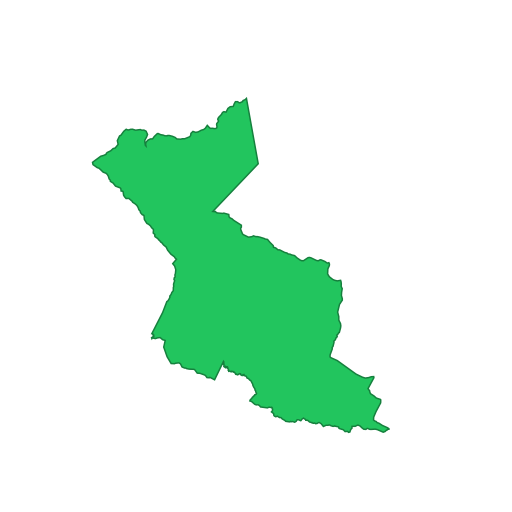 outline of San Carlos, Salta, Argentina, rotated 111°
{"feature_id": "61730980B20324539983987", "entity_name": "San Carlos", "entity_type": "district", "adm_level": 2, "iso_a3": "ARG", "parent_name": "Argentina", "parent_adm1": "Salta", "projection": "mercator", "projection_center": [-66.067, -25.8], "detail": "fine", "context": "isolated", "style": "filled", "palette": "green", "viewbox_px": 512, "rotation_deg": 111, "n_neighbors": 0, "source": "geoboundaries", "source_scale": "gbopen_adm2", "svg_char_len": 6137}
<svg xmlns="http://www.w3.org/2000/svg" viewBox="0 0 512 512"><g transform="rotate(111 256 256)"><path d="M274.2,357.0L275.0,353.8L275.8,352.7L276.1,351.6L277.2,349.8L277.2,349.0L278.8,346.3L279.9,343.0L282.2,340.6L284.8,336.1L286.0,331.9L286.8,331.0L287.5,329.1L293.0,331.0L294.5,328.4L297.5,326.0L301.1,325.0L302.8,324.9L304.4,324.0L305.7,324.5L307.4,324.1L308.1,323.1L311.8,322.9L314.0,321.9L315.0,321.9L318.0,320.8L320.2,321.5L322.4,321.5L324.3,322.1L325.4,321.6L327.7,321.8L329.5,322.2L330.5,322.9L342.2,322.9L365.8,325.4L365.6,324.6L366.0,324.5L366.4,323.3L366.7,323.5L366.8,323.1L367.7,322.6L367.9,323.1L369.0,323.3L368.8,323.6L369.7,324.2L370.4,323.6L369.9,323.5L369.5,322.9L369.2,320.4L367.6,318.4L366.5,316.2L367.6,313.2L367.4,310.5L374.1,309.5L381.9,302.9L386.8,296.7L385.8,293.6L384.9,292.6L383.4,289.7L383.7,287.9L386.1,285.3L386.2,282.6L385.8,281.4L386.0,280.3L385.5,277.7L384.0,273.2L384.3,272.2L386.4,268.9L385.6,266.2L385.5,261.2L385.9,260.0L387.1,258.2L386.4,255.9L385.8,255.6L386.4,250.3L366.0,248.6L366.5,248.0L367.6,248.2L367.5,247.8L368.1,247.5L368.8,248.0L368.6,247.0L370.7,246.4L371.0,245.2L370.3,245.5L369.9,244.9L370.3,244.4L370.0,243.8L370.4,244.0L370.9,243.7L370.7,243.4L370.3,243.4L370.3,242.9L370.7,242.9L370.6,242.2L371.1,242.1L371.7,241.1L372.7,240.9L372.7,240.5L373.3,240.2L372.9,239.8L373.1,238.6L372.5,237.8L372.9,237.5L372.1,236.5L372.5,235.6L372.0,235.3L372.9,233.4L373.7,232.6L373.7,232.1L373.2,231.7L373.6,230.8L373.1,230.1L371.8,229.4L371.5,228.3L372.3,228.0L372.6,226.1L371.4,225.6L371.0,224.7L371.9,224.5L371.8,222.0L373.2,220.5L373.1,219.2L374.1,217.3L374.1,216.3L376.9,213.1L377.8,212.6L379.0,211.4L380.4,209.5L381.7,208.7L381.9,208.1L383.0,207.5L383.9,206.3L384.9,206.3L386.1,207.5L386.9,207.4L387.7,208.1L388.5,208.2L389.0,208.7L390.7,209.0L392.1,209.8L393.5,209.8L393.4,208.1L394.9,204.0L394.9,202.5L394.1,200.6L394.5,199.0L395.3,197.7L393.7,190.9L392.4,189.6L392.2,188.2L391.6,187.2L391.7,186.7L392.7,186.3L393.0,185.6L394.6,185.2L396.0,185.7L396.8,183.1L398.4,182.2L398.8,181.6L399.0,180.0L397.9,178.6L398.4,176.1L397.9,174.7L398.7,173.2L399.2,170.1L399.7,169.0L398.9,165.5L398.6,164.8L398.1,164.5L398.1,163.7L397.4,162.5L397.3,160.3L396.0,159.3L394.1,158.9L393.6,157.3L393.8,155.6L393.6,155.1L391.6,154.5L390.3,153.5L390.8,152.2L390.7,151.6L390.9,151.0L391.5,150.7L390.9,148.8L391.8,146.5L391.6,145.0L391.8,144.5L391.4,143.9L391.7,143.0L391.5,142.2L390.9,141.4L391.2,140.3L390.5,139.0L389.2,138.0L388.8,137.2L389.2,135.1L391.0,132.0L388.9,129.9L388.2,128.0L387.5,127.3L387.3,126.4L387.6,126.1L387.5,123.4L387.0,122.1L386.3,121.6L386.5,121.0L386.0,118.0L386.2,117.4L387.1,116.8L387.2,116.0L386.9,112.2L388.0,109.9L387.0,107.9L387.1,107.1L387.5,106.5L386.7,105.3L384.0,105.4L382.5,104.7L380.6,105.3L379.4,102.3L377.6,100.7L377.3,99.9L377.4,98.0L378.5,95.4L379.1,93.3L378.5,91.3L377.3,90.6L376.9,89.9L377.1,88.0L376.8,86.8L374.9,82.6L374.6,80.4L374.9,74.1L373.6,72.6L372.1,71.9L371.7,71.3L370.8,71.2L370.1,69.8L369.7,69.9L369.2,71.5L368.9,77.3L368.0,81.5L368.2,83.0L367.4,84.7L367.5,85.8L367.0,87.5L364.2,88.4L358.2,88.2L348.5,87.0L347.2,87.4L345.6,88.0L345.3,88.5L345.5,92.8L344.4,95.6L343.5,99.8L342.0,101.2L341.2,101.5L339.7,103.9L327.4,102.3L326.4,102.9L327.4,105.1L329.2,107.3L330.8,110.2L331.0,113.2L330.4,120.3L324.5,142.7L324.1,149.7L323.7,150.7L321.8,151.4L315.4,151.5L314.1,152.1L312.8,151.7L308.8,152.2L307.7,152.8L305.7,151.9L303.7,152.0L303.2,151.5L301.8,151.4L301.4,152.0L300.6,152.1L300.0,151.6L298.0,151.3L297.6,150.8L292.8,151.3L290.8,151.8L288.8,152.9L286.2,155.7L282.9,157.0L279.1,159.7L271.2,160.7L266.3,159.6L264.8,160.2L262.3,162.1L259.1,163.1L255.6,163.8L253.8,165.6L251.4,166.4L249.5,167.4L248.4,168.3L250.1,171.2L250.5,173.9L250.4,175.9L249.1,180.1L247.1,182.7L242.3,184.3L238.9,184.1L237.8,184.3L237.0,184.7L236.1,185.6L236.9,186.5L237.0,187.3L236.4,189.8L236.3,193.9L236.6,194.8L238.2,196.2L238.5,198.0L238.0,204.1L238.2,205.6L238.9,206.8L243.4,210.0L244.0,211.6L244.0,213.1L243.1,216.9L241.8,220.1L242.2,223.1L242.1,224.9L242.6,226.7L242.1,228.1L242.4,230.5L241.8,236.1L242.4,237.7L241.5,240.1L241.4,241.7L241.7,242.7L240.1,243.7L238.3,247.8L236.4,251.2L236.9,253.6L236.7,254.5L237.0,259.1L237.4,261.6L238.0,263.2L238.1,265.6L239.3,266.6L241.1,269.7L240.6,275.6L240.2,276.5L236.9,279.6L235.5,280.3L234.3,280.0L232.5,280.7L230.7,289.6L229.8,291.9L229.8,293.6L229.1,295.2L227.0,296.3L227.5,301.4L228.2,302.4L229.6,307.2L229.7,308.4L229.0,310.0L229.4,310.4L229.9,312.3L169.1,287.0L112.3,321.4L114.0,322.2L115.5,323.8L116.7,323.9L118.7,325.9L119.0,326.6L118.5,328.5L119.3,330.5L121.9,330.9L124.5,330.8L125.9,333.6L128.3,335.1L132.4,335.5L132.8,337.7L134.0,338.7L136.3,339.0L139.5,340.4L141.2,340.8L142.5,340.5L142.9,339.7L143.8,339.3L146.4,340.1L147.4,339.9L149.4,338.7L150.6,338.6L151.3,339.1L152.0,340.5L152.3,342.3L153.1,344.1L153.0,345.2L151.5,348.3L154.9,349.1L156.7,350.2L158.2,352.2L160.8,354.4L162.2,356.6L162.3,359.5L164.8,360.7L166.9,360.2L168.4,360.6L172.1,364.6L172.9,366.7L174.0,368.3L175.1,371.8L174.3,374.0L174.2,376.9L174.6,380.3L175.1,381.6L175.7,382.1L176.4,384.1L176.4,386.0L176.9,388.5L176.7,391.2L177.1,392.0L180.9,393.8L183.7,394.5L184.6,396.6L186.6,398.4L187.8,398.9L189.3,399.4L191.1,399.2L192.7,398.2L192.4,398.9L189.2,400.8L187.7,401.3L184.3,400.8L181.4,400.8L178.9,403.3L178.6,405.7L179.5,407.8L179.4,409.3L181.7,413.5L181.9,416.7L182.7,418.5L184.0,420.1L184.3,421.3L184.2,422.6L186.9,424.1L191.7,425.4L192.8,426.4L198.0,426.8L201.2,424.7L205.7,426.2L206.9,427.9L209.8,429.3L212.7,432.0L213.8,432.5L214.8,432.4L216.7,434.3L218.5,436.7L227.1,442.2L229.1,440.9L230.4,435.9L230.3,434.0L232.5,428.7L232.5,425.7L233.2,424.0L234.4,422.5L236.7,420.7L237.5,419.1L238.5,418.7L239.1,415.6L241.1,412.2L241.1,407.1L241.5,406.4L243.7,405.2L243.3,403.7L243.6,403.1L246.7,401.4L247.8,400.0L248.9,397.9L247.8,395.3L249.4,391.0L250.0,390.5L250.7,387.3L251.5,385.3L253.0,383.4L254.8,381.9L255.6,380.2L256.9,379.4L258.3,376.8L258.1,375.8L258.5,375.0L261.9,373.3L263.8,370.8L264.7,369.5L264.9,367.6L265.7,365.3L267.0,363.6L267.8,361.6L268.3,361.1L271.4,360.2L272.2,358.1L273.6,357.7L274.2,357.0Z" fill="#22c55e" stroke="#15803d" stroke-width="1.5"/></g></svg>